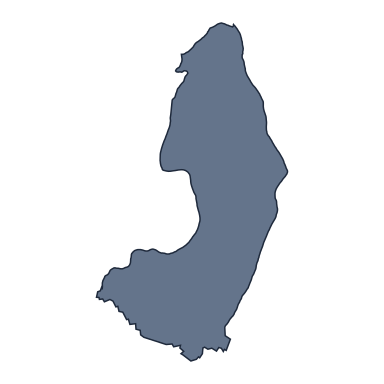 IX-2 Rewa(Illiwa)/U.E, Upper Takutu-Upper Essequibo, Guyana
{"feature_id": "73187651B68809145182680", "entity_name": "IX-2 Rewa(Illiwa)/U.E", "entity_type": "district", "adm_level": 2, "iso_a3": "GUY", "parent_name": "Guyana", "parent_adm1": "Upper Takutu-Upper Essequibo", "projection": "orthographic", "projection_center": [-58.667, 2.726], "detail": "fine", "context": "isolated", "style": "filled", "palette": "slate", "viewbox_px": 384, "rotation_deg": 0, "n_neighbors": 0, "source": "geoboundaries", "source_scale": "gbopen_adm2", "svg_char_len": 5980}
<svg xmlns="http://www.w3.org/2000/svg" viewBox="0 0 384 384"><path d="M181.4,54.3L181.7,56.7L182.0,58.8L182.0,59.9L181.8,61.5L181.3,62.9L180.7,63.9L180.5,64.8L179.7,66.5L179.0,67.5L178.1,67.9L177.4,68.4L176.6,69.0L176.0,69.9L175.6,70.9L176.4,71.8L177.3,72.0L178.5,72.1L179.4,71.9L180.5,71.9L181.5,72.2L182.5,71.9L183.3,71.2L184.2,70.7L186.3,71.0L187.1,71.5L187.6,72.3L187.8,73.3L187.2,74.2L186.5,75.2L185.7,76.0L185.1,76.9L184.4,79.0L184.2,79.9L183.8,81.2L183.3,81.9L182.7,82.6L181.8,83.4L179.7,86.1L179.3,86.9L177.8,88.5L177.4,89.3L176.5,92.4L176.0,93.4L175.4,95.7L175.0,97.0L174.4,97.8L172.7,99.3L172.2,100.1L170.8,114.4L170.3,117.6L170.3,118.8L170.5,120.2L170.5,121.3L170.3,122.3L170.0,124.9L169.3,127.5L168.3,129.9L167.6,131.9L167.1,133.5L166.5,135.0L166.0,136.2L165.1,138.8L164.1,141.0L162.7,144.8L161.5,148.7L160.9,151.1L160.5,152.7L160.3,154.1L160.2,156.9L160.1,160.6L160.3,161.8L160.4,163.1L160.8,165.2L161.2,166.5L162.1,168.3L162.3,169.3L163.1,170.2L166.4,171.0L168.6,171.3L170.6,171.2L173.8,170.7L174.9,170.6L178.2,170.0L179.1,169.9L181.4,169.7L183.3,169.8L184.3,170.1L185.5,170.5L186.6,171.2L187.8,172.0L189.4,174.1L189.8,175.0L190.1,176.0L190.4,178.2L190.7,180.5L190.7,181.5L191.0,183.7L191.6,185.9L192.4,188.3L193.9,192.3L195.0,194.3L195.6,195.2L195.9,196.3L196.0,197.6L196.0,198.6L197.0,203.8L197.1,205.7L198.4,210.6L199.0,212.4L199.2,213.3L199.5,214.7L199.7,215.7L200.0,218.0L200.0,220.1L199.9,221.1L199.0,224.3L198.8,225.5L198.5,226.5L198.2,227.5L197.4,229.7L196.3,231.8L195.8,233.0L194.2,234.9L193.5,235.9L192.8,236.7L192.2,237.7L191.6,238.6L190.8,239.7L190.0,240.7L188.7,242.6L187.9,243.2L186.2,244.9L182.8,247.4L180.0,248.8L178.0,249.9L177.3,250.4L176.5,251.1L175.7,251.6L174.6,251.9L172.8,252.9L170.5,253.4L169.5,253.9L168.2,254.0L167.1,254.0L166.0,253.8L164.8,253.3L163.7,253.2L162.6,253.0L161.6,253.1L159.3,252.3L158.3,251.7L156.5,250.4L155.4,249.8L154.4,249.5L153.5,249.2L152.3,249.1L150.2,249.7L149.3,250.3L148.4,250.7L147.3,251.0L146.3,251.0L145.2,250.9L143.9,250.5L142.8,250.1L140.4,249.6L138.2,249.6L137.3,249.7L135.4,250.3L134.5,250.7L133.0,252.0L132.4,252.8L131.7,253.6L131.4,254.5L131.2,257.0L131.0,258.0L130.7,258.9L130.6,261.1L130.4,263.0L129.7,264.8L128.9,265.9L128.2,266.6L127.3,267.0L126.4,267.3L125.4,267.5L123.6,268.4L122.2,268.8L120.9,268.8L119.7,268.6L118.6,268.3L116.4,268.2L115.3,267.9L114.0,267.9L111.8,269.1L110.8,269.8L110.1,270.5L108.8,273.3L107.9,274.4L106.8,275.1L105.7,275.6L104.9,276.3L104.5,277.5L103.4,279.7L102.9,280.7L102.7,281.6L102.4,282.6L102.3,283.7L102.4,286.8L102.3,287.8L102.2,288.8L101.9,288.8L102.0,288.6L101.6,287.3L100.3,290.8L97.7,291.8L96.5,297.3L99.0,297.5L99.4,299.4L102.7,299.0L104.4,301.8L109.9,299.5L113.0,301.1L115.9,306.9L117.8,306.3L119.0,311.4L122.8,312.2L126.6,319.6L128.4,319.2L129.9,324.4L135.6,323.7L136.0,329.2L140.2,330.3L140.7,334.9L143.9,337.3L166.2,344.5L172.1,344.0L173.7,346.8L180.5,345.3L179.9,348.0L183.7,351.3L181.0,353.7L182.8,354.8L190.9,361.0L196.4,359.3L198.5,356.9L199.7,357.8L202.4,353.7L202.9,348.0L204.6,347.2L207.9,349.2L211.8,348.2L216.5,351.1L218.8,347.5L221.4,348.3L223.3,351.5L224.4,349.4L226.2,350.4L230.4,339.2L225.2,335.7L224.8,328.2L224.8,327.2L225.1,326.3L225.6,325.5L227.1,323.9L227.7,323.0L228.4,322.0L229.3,320.3L229.9,319.3L232.0,316.8L232.8,316.1L233.4,315.2L234.0,314.3L234.5,312.8L235.0,311.9L236.6,309.3L237.3,307.3L237.6,306.2L238.3,304.2L239.5,302.2L240.2,300.4L240.9,299.4L241.4,298.5L241.7,297.2L242.0,296.3L242.6,295.4L243.5,294.4L244.8,292.8L246.1,290.9L247.0,289.3L247.8,288.4L248.3,287.4L248.6,286.4L249.1,285.2L249.9,283.1L251.3,279.8L251.9,277.5L252.2,276.5L252.7,275.5L253.3,274.7L253.8,273.7L254.7,271.4L255.7,269.1L256.0,267.8L256.3,265.3L256.9,263.0L257.3,262.0L257.8,261.0L258.1,260.0L258.3,258.7L258.8,257.7L259.1,256.1L259.4,255.1L260.1,253.0L260.3,252.1L261.2,249.9L261.5,249.0L262.1,247.5L262.5,246.5L262.8,245.5L263.4,243.5L263.7,242.5L265.8,237.6L266.3,236.5L267.1,234.4L268.4,231.2L269.2,229.9L270.0,227.9L272.0,223.8L275.1,218.6L275.7,217.3L276.1,216.0L276.2,215.0L276.5,214.0L277.0,212.8L277.3,211.5L277.5,210.1L277.5,208.8L277.2,207.6L277.0,206.6L276.6,203.4L276.6,202.4L276.5,201.4L276.3,200.5L275.3,198.6L275.1,197.5L275.0,195.2L275.0,192.9L275.5,190.8L276.3,188.7L277.5,186.6L278.2,185.6L279.3,183.9L280.0,182.9L280.9,181.9L281.5,181.2L283.1,178.8L285.3,176.3L285.9,175.3L286.8,174.1L287.5,172.1L287.5,171.0L287.2,170.1L286.6,169.0L286.1,167.9L285.7,166.6L284.8,164.3L284.2,163.2L283.7,161.2L283.3,160.3L282.5,158.5L282.0,157.7L280.8,155.6L279.1,152.7L278.4,151.7L277.8,150.9L277.0,149.9L275.7,147.6L274.9,146.6L273.2,143.6L272.5,142.5L271.6,140.6L270.4,138.8L269.2,136.7L268.2,135.6L267.2,133.8L266.9,132.7L266.8,131.7L266.4,130.1L266.3,126.8L266.5,123.2L266.5,122.1L266.2,119.2L266.1,117.7L265.9,116.3L264.2,111.3L263.6,109.0L263.3,106.6L263.3,104.0L263.3,102.8L263.1,101.4L261.5,98.3L261.1,97.2L260.0,95.1L259.7,94.2L258.4,92.3L257.7,91.1L257.0,90.2L256.3,89.1L255.1,87.5L254.1,86.4L253.4,85.7L252.7,84.9L252.2,84.1L250.6,81.6L250.2,80.7L247.2,75.7L246.3,73.5L245.5,71.3L245.3,70.1L245.3,68.9L244.8,66.9L244.3,64.7L244.0,62.1L243.4,60.3L242.3,58.2L242.1,57.0L242.2,54.6L242.8,53.8L242.7,51.6L243.0,50.6L243.1,49.7L243.2,48.4L243.0,47.3L242.8,46.1L242.5,45.2L242.4,44.1L242.3,42.8L242.2,41.8L241.8,40.6L241.5,39.4L241.4,38.4L241.0,37.2L240.4,34.9L240.0,33.9L239.5,32.8L238.2,30.8L237.1,28.9L236.3,27.9L235.0,26.1L234.2,25.4L233.5,24.5L233.4,24.8L233.4,25.7L233.2,26.3L232.6,26.9L231.3,26.5L229.9,26.1L228.9,25.7L227.9,25.2L226.7,25.0L225.7,24.4L224.4,23.8L223.5,23.6L221.4,23.0L220.0,23.3L217.9,24.0L216.9,24.6L216.0,25.3L215.2,25.8L214.4,26.3L212.4,27.3L211.2,27.7L210.1,28.1L208.8,30.2L208.3,31.3L207.6,32.0L207.4,33.0L205.9,34.8L204.9,35.7L204.3,36.5L203.4,37.3L202.5,37.8L200.9,39.4L198.0,41.6L196.9,42.2L196.0,42.9L195.2,43.7L194.0,45.5L193.6,46.3L193.1,47.1L192.4,47.8L190.9,49.3L190.0,50.1L188.3,51.7L187.2,52.2L186.2,52.6L185.3,53.4L184.3,53.9L183.2,54.3L181.4,54.3Z" fill="#64748b" stroke="#1e293b" stroke-width="1.5"/></svg>